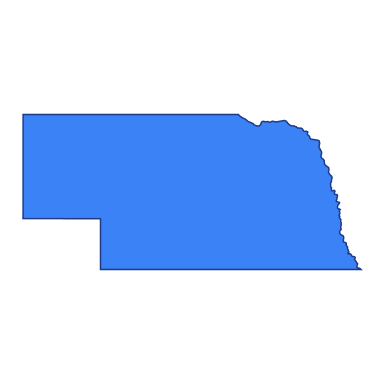 the border of Nebraska
{"feature_id": "USA-3532", "entity_name": "Nebraska", "entity_type": "State", "adm_level": 1, "iso_a3": "USA", "parent_name": "United States of America", "parent_adm1": "", "projection": "mercator", "projection_center": [-97.897, 41.5], "detail": "fine", "context": "isolated", "style": "filled", "palette": "blue", "viewbox_px": 384, "rotation_deg": 0, "n_neighbors": 0, "source": "natural_earth", "source_scale": "10m", "svg_char_len": 4515}
<svg xmlns="http://www.w3.org/2000/svg" viewBox="0 0 384 384"><path d="M23.0,218.6L23.1,212.2L23.1,205.8L23.1,199.4L23.1,192.9L23.1,186.4L23.1,180.0L23.1,173.5L23.1,167.0L23.1,160.5L23.1,153.9L23.1,147.4L23.1,140.8L23.1,134.3L23.1,127.7L23.1,121.1L23.1,114.5L30.6,114.5L37.2,114.5L43.8,114.5L50.4,114.5L57.0,114.5L63.5,114.5L70.1,114.5L76.7,114.5L83.3,114.5L89.9,114.5L96.5,114.5L103.1,114.5L109.7,114.5L116.3,114.5L122.8,114.5L129.4,114.5L136.0,114.5L142.6,114.5L149.2,114.5L155.8,114.5L162.4,114.5L169.0,114.5L175.6,114.5L182.2,114.5L188.7,114.5L195.3,114.5L201.9,114.5L208.5,114.5L215.1,114.5L221.7,114.5L228.3,114.5L234.9,114.5L238.2,114.5L238.4,114.5L238.5,114.6L239.3,115.6L239.6,115.9L243.7,118.6L243.9,118.6L244.4,118.6L244.6,118.7L246.2,119.8L247.8,121.3L253.1,123.6L253.5,124.0L253.7,124.6L254.2,125.0L256.9,125.9L258.0,126.0L259.0,125.9L259.4,125.7L260.2,125.0L260.5,124.8L260.6,124.6L261.1,123.2L261.3,122.5L261.6,122.0L262.0,121.8L262.5,121.5L263.4,121.3L266.1,121.9L267.7,121.5L268.2,121.6L268.9,122.1L269.4,122.3L270.3,122.2L271.8,121.4L272.7,121.2L275.5,121.9L276.5,121.9L284.2,120.5L285.2,120.6L286.0,121.1L286.7,121.7L287.8,123.2L289.2,124.6L290.1,125.2L291.0,125.6L291.9,125.9L293.9,125.9L294.3,126.0L295.1,126.5L296.2,126.7L296.5,127.0L296.8,127.4L297.2,127.7L297.9,128.0L301.4,128.2L302.1,128.7L302.6,129.2L303.0,129.9L303.3,130.4L303.4,130.8L303.6,131.0L304.1,131.3L304.6,131.4L306.2,131.3L306.6,131.4L307.1,131.5L307.6,131.8L307.8,132.2L307.7,132.7L307.4,133.1L307.3,133.5L307.3,134.2L307.7,134.8L309.3,136.1L309.7,136.9L309.8,137.9L310.2,138.6L310.9,139.1L315.9,139.9L317.6,140.2L318.5,140.5L319.2,141.0L319.7,143.2L319.2,145.5L319.0,147.7L320.3,149.3L320.3,150.2L320.9,150.6L321.3,151.3L321.5,152.2L321.6,153.4L321.4,154.4L321.1,155.3L321.0,156.3L321.3,157.5L321.9,158.3L323.2,159.2L323.8,159.9L324.3,160.8L324.3,161.7L324.3,162.8L324.5,164.0L325.6,165.5L327.2,166.5L328.6,167.6L329.0,169.7L328.9,170.2L328.5,171.2L328.5,171.8L328.6,172.3L329.2,173.7L329.4,174.0L331.7,176.4L332.1,177.6L331.9,178.6L331.6,179.5L331.4,180.5L331.4,181.2L331.5,181.5L331.4,181.8L331.0,182.3L330.7,182.7L330.6,183.1L330.6,185.3L330.7,186.5L331.0,187.4L331.5,187.8L331.5,188.2L331.3,189.3L331.4,190.3L332.2,191.0L332.7,190.9L333.4,190.4L333.8,190.3L334.2,190.4L334.7,190.8L335.0,191.2L335.0,191.3L334.8,191.6L334.6,192.1L334.4,192.8L334.3,193.3L334.5,193.9L335.1,194.3L336.7,194.6L337.0,194.6L337.5,195.3L337.1,197.4L337.1,198.0L336.2,201.2L336.8,201.6L338.6,202.2L339.2,202.3L339.6,202.8L339.0,203.8L338.2,204.7L337.8,204.9L337.5,207.1L337.5,208.0L338.0,208.6L339.8,209.2L340.2,209.6L339.3,210.1L339.5,210.8L339.6,212.5L339.9,213.2L339.3,214.7L339.1,215.0L339.1,215.3L339.3,215.4L339.4,215.6L339.4,215.8L339.6,216.0L339.8,216.4L339.7,216.7L339.4,217.0L339.3,217.4L339.5,218.0L339.9,218.4L340.5,219.0L340.8,219.5L340.8,220.0L340.7,221.1L340.7,221.8L341.2,223.0L341.3,224.3L341.1,225.3L340.8,226.2L340.7,227.4L340.8,228.0L341.1,228.7L341.2,229.2L340.4,230.4L339.9,231.0L339.7,231.3L339.6,231.8L339.6,232.5L339.8,232.9L340.0,233.2L340.1,233.7L340.6,234.6L342.6,235.5L343.3,236.0L343.7,237.1L343.7,238.2L343.5,239.0L343.3,240.4L343.5,241.7L344.0,242.2L344.8,242.3L345.7,242.7L346.3,243.2L346.3,243.8L346.2,244.4L346.2,245.1L346.6,245.8L347.3,246.7L347.6,247.5L347.6,247.8L347.5,248.6L347.6,248.9L347.7,249.3L348.3,250.3L348.8,251.8L348.9,252.0L348.7,252.4L348.3,252.7L347.8,253.1L348.1,253.8L348.7,253.9L349.5,253.7L350.2,253.8L350.9,254.3L351.3,254.9L351.6,255.6L352.1,256.2L352.7,256.5L354.1,256.6L354.7,256.9L355.2,257.5L355.1,258.1L354.5,259.3L355.5,260.7L356.1,261.5L356.3,262.3L357.5,263.5L357.5,264.3L357.1,265.2L356.9,266.3L357.0,267.2L357.4,267.8L359.2,268.2L359.9,268.5L361.0,269.5L352.9,269.5L344.7,269.5L336.6,269.5L328.5,269.5L320.4,269.5L312.3,269.5L304.2,269.5L296.1,269.5L288.0,269.5L279.9,269.5L271.8,269.5L263.7,269.5L255.6,269.5L247.5,269.5L239.4,269.5L231.2,269.5L223.1,269.5L215.0,269.5L206.9,269.5L198.8,269.5L190.7,269.5L182.6,269.5L174.5,269.5L166.4,269.5L158.3,269.5L150.2,269.5L142.1,269.5L134.0,269.5L125.9,269.5L117.7,269.5L109.6,269.5L100.5,269.5L100.5,266.3L100.5,263.2L100.5,260.0L100.5,256.9L100.5,253.7L100.5,250.5L100.5,247.3L100.5,244.2L100.5,241.0L100.5,237.8L100.5,234.6L100.5,231.4L100.5,228.2L100.5,225.1L100.5,221.9L100.5,218.7L98.0,218.7L93.3,218.7L88.7,218.7L84.1,218.7L79.5,218.7L74.9,218.7L70.3,218.7L65.7,218.7L61.1,218.6L56.5,218.6L51.9,218.6L47.3,218.6L42.7,218.6L38.1,218.6L33.5,218.6L28.9,218.6L23.0,218.6Z" fill="#3b82f6" stroke="#1e3a8a" stroke-width="1.5"/></svg>